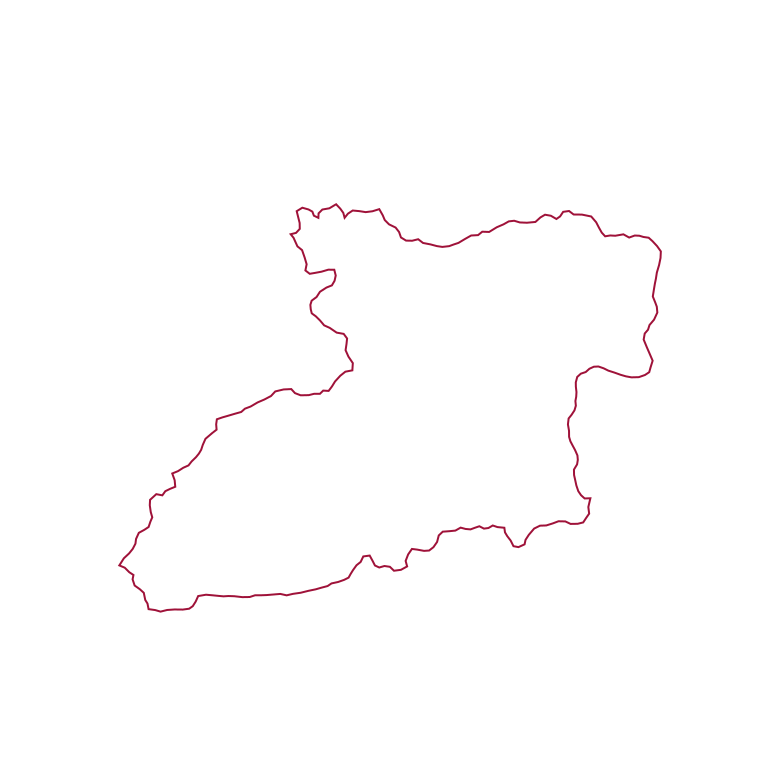 the district of Manhuaçu, Minas Gerais, Brazil, rotated 256°
{"feature_id": "56859067B51161796395181", "entity_name": "Manhuaçu", "entity_type": "district", "adm_level": 2, "iso_a3": "BRA", "parent_name": "Brazil", "parent_adm1": "Minas Gerais", "projection": "albers", "projection_center": [-42.103, -20.184], "detail": "fine", "context": "isolated", "style": "outline", "palette": "rose", "viewbox_px": 768, "rotation_deg": 256, "n_neighbors": 0, "source": "geoboundaries", "source_scale": "gbopen_adm2", "svg_char_len": 4093}
<svg xmlns="http://www.w3.org/2000/svg" viewBox="0 0 768 768"><g transform="rotate(256 384 384)"><path d="M201.5,538.1L201.5,543.8L205.0,547.6L208.6,551.7L215.2,552.5L223.2,556.6L224.4,551.0L228.4,548.3L233.0,546.6L239.0,546.1L245.4,546.3L249.7,546.4L255.0,547.6L259.3,551.9L263.5,553.7L267.9,554.4L273.7,553.4L279.2,552.0L283.3,551.0L287.9,550.8L293.8,552.2L300.3,552.7L305.9,554.8L308.7,558.5L312.3,562.4L316.5,564.9L321.2,565.6L325.1,567.4L329.6,568.8L334.9,569.5L339.2,570.5L344.1,573.2L346.4,577.5L346.8,582.6L349.1,587.0L350.0,591.8L349.1,596.3L346.1,600.9L342.7,604.9L339.3,610.4L335.7,615.8L332.9,620.6L330.6,625.7L329.0,632.9L329.6,639.4L331.3,644.2L335.7,646.7L341.6,650.3L348.4,649.2L356.2,647.9L364.3,646.7L369.9,649.2L372.8,653.3L377.0,655.9L381.1,661.6L387.2,666.5L393.0,667.4L397.5,666.9L403.9,666.0L410.5,668.8L415.8,671.1L420.4,673.3L426.1,675.7L432.9,679.7L439.4,682.8L445.7,684.7L451.8,682.3L457.6,679.1L461.9,676.2L463.9,671.3L466.1,667.6L467.4,663.2L466.8,657.3L471.3,652.5L471.9,644.3L473.4,639.4L473.8,634.3L478.2,631.9L483.7,630.4L489.6,629.0L496.4,625.6L500.5,617.0L502.6,609.0L507.1,605.4L507.7,599.5L504.0,595.4L502.4,591.2L506.9,586.6L509.3,581.2L507.8,576.1L504.6,570.1L505.9,561.7L507.9,554.9L510.9,549.8L511.6,544.4L510.0,538.6L508.8,531.3L506.1,522.8L508.0,516.2L505.7,511.3L507.0,504.5L505.1,497.6L502.9,490.4L502.5,485.2L502.0,480.6L502.9,473.8L505.0,468.7L508.2,462.9L511.4,456.0L516.2,452.2L516.2,446.0L517.8,440.1L522.1,435.9L527.8,435.4L533.0,433.1L537.7,427.5L542.9,424.4L548.0,423.6L554.8,421.7L554.4,414.6L555.2,407.8L557.7,401.9L559.9,395.6L558.0,390.2L554.8,386.0L559.9,385.9L564.7,384.0L570.0,381.0L567.7,373.5L568.2,366.4L565.4,361.8L561.1,360.5L564.3,356.7L568.6,356.2L571.6,353.0L574.8,347.4L572.8,341.1L565.6,341.1L560.6,341.1L554.9,339.8L551.9,335.2L551.9,329.7L547.8,331.6L542.8,332.5L538.5,333.3L533.7,336.9L525.9,337.6L518.9,337.9L513.2,335.2L508.9,338.6L508.5,343.8L508.1,350.5L508.4,357.6L506.9,363.4L500.9,363.4L496.1,361.0L492.3,357.3L491.5,351.5L489.0,344.2L484.7,339.6L482.4,334.0L478.6,331.7L474.2,331.0L470.0,331.0L466.2,334.2L461.1,337.3L455.4,340.1L451.6,344.9L445.3,350.5L442.4,357.0L437.1,359.2L431.9,357.3L426.1,354.9L419.2,356.1L411.8,358.8L404.9,356.6L405.3,349.5L402.6,343.6L398.3,337.1L394.2,332.9L390.7,328.6L392.3,323.4L390.0,319.5L391.4,313.9L391.4,308.3L393.2,300.4L396.7,295.4L401.5,292.8L403.0,285.3L403.1,276.7L399.7,271.5L397.9,264.2L396.7,256.9L394.4,249.1L393.7,243.1L391.4,238.7L391.2,231.9L390.9,224.8L390.7,219.2L390.2,213.3L385.5,211.4L380.2,210.5L377.9,205.3L374.0,197.5L368.7,193.4L364.4,190.7L361.2,187.5L358.5,183.9L355.4,178.6L352.3,174.6L351.3,169.0L349.3,163.1L348.4,156.9L341.3,157.6L334.8,156.6L334.0,151.0L332.9,145.9L329.6,142.0L332.2,136.4L328.2,129.0L323.0,127.4L316.1,126.7L310.7,126.9L306.9,124.0L302.2,121.0L300.5,116.2L298.9,110.1L293.6,105.9L289.2,104.2L284.8,100.3L281.3,95.7L277.8,89.4L272.0,83.3L268.5,88.0L263.0,91.3L259.3,94.7L255.3,92.8L248.8,93.3L244.0,97.4L239.5,100.4L232.2,100.1L228.2,101.4L222.5,101.1L220.0,107.3L217.2,112.1L217.2,118.9L215.9,126.2L213.8,134.2L213.1,140.6L214.7,144.7L218.4,148.6L223.2,152.4L222.6,160.3L220.5,166.4L218.5,172.0L216.8,176.9L215.9,181.8L214.3,187.4L211.5,194.9L209.8,202.2L210.2,207.8L208.9,212.9L207.6,219.1L206.7,224.6L205.4,232.6L202.5,238.4L202.4,244.9L201.6,252.7L201.6,260.6L201.3,268.0L201.5,273.8L201.6,280.4L203.2,284.8L203.0,291.6L203.6,297.9L204.7,302.8L207.8,305.7L211.0,309.0L214.8,313.5L217.0,318.3L221.7,322.2L221.0,328.6L215.3,330.1L210.1,331.3L207.1,335.0L207.3,340.4L205.2,345.5L200.4,348.5L199.6,355.5L201.4,362.3L207.1,362.2L212.8,366.2L217.2,371.2L215.3,376.1L212.4,382.5L211.5,387.5L213.7,392.5L217.9,397.3L223.8,400.5L226.5,405.3L225.4,411.6L224.5,417.8L226.1,423.6L223.6,428.1L222.0,432.8L222.5,437.3L222.9,442.1L219.5,446.0L219.0,450.5L220.4,455.3L217.7,459.5L215.4,466.0L210.8,465.5L206.5,466.8L201.5,469.0L195.3,470.4L193.2,475.0L194.4,481.6L198.5,483.6L202.6,488.0L207.4,494.7L208.8,501.1L207.5,507.2L207.9,514.0L208.6,520.1L206.8,526.7L203.1,531.2L201.5,538.1Z" fill="none" stroke="#9f1239" stroke-width="2"/></g></svg>